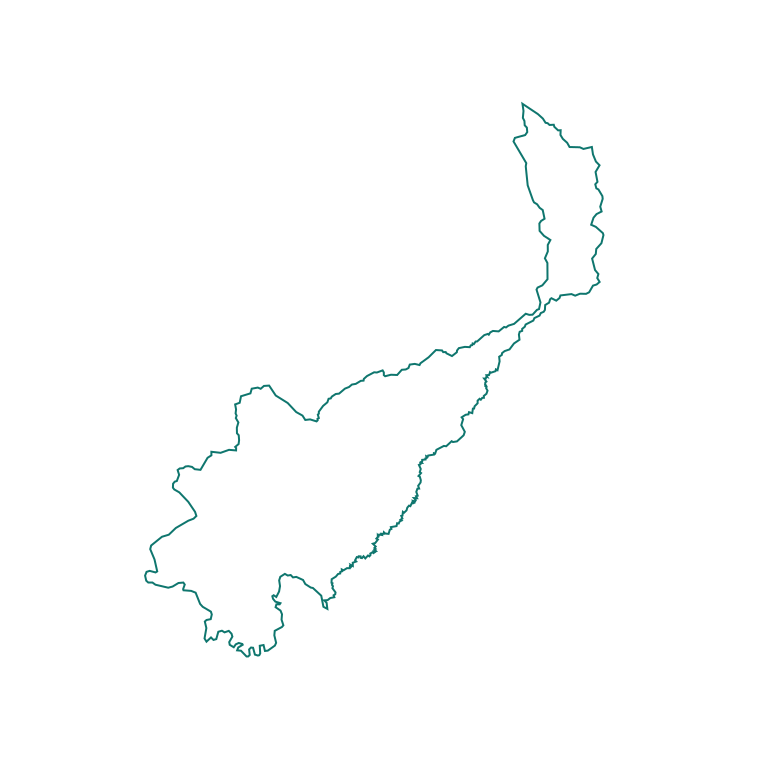 outline of Pereira, Risaralda, Colombia, rotated 300°
{"feature_id": "7082276B56557214099866", "entity_name": "Pereira", "entity_type": "district", "adm_level": 2, "iso_a3": "COL", "parent_name": "Colombia", "parent_adm1": "Risaralda", "projection": "mercator", "projection_center": [-75.671, 4.785], "detail": "fine", "context": "isolated", "style": "outline", "palette": "teal", "viewbox_px": 768, "rotation_deg": 300, "n_neighbors": 0, "source": "geoboundaries", "source_scale": "gbopen_adm2", "svg_char_len": 6120}
<svg xmlns="http://www.w3.org/2000/svg" viewBox="0 0 768 768"><g transform="rotate(300 384 384)"><path d="M484.1,476.3L490.1,479.2L494.3,476.1L497.1,475.4L499.1,477.1L500.8,476.1L504.0,477.3L506.3,476.9L513.6,481.6L516.3,481.3L521.0,484.5L523.8,484.3L526.4,486.2L528.6,486.3L533.0,484.1L537.0,486.3L540.4,485.5L542.0,486.1L542.3,491.5L546.2,493.0L548.9,492.5L555.6,501.4L556.1,505.4L560.2,508.6L563.1,513.9L566.0,515.8L573.7,515.8L576.5,518.4L580.2,519.7L582.4,515.7L586.4,514.7L588.2,509.8L596.7,501.5L602.5,502.4L607.1,500.3L614.6,501.9L622.7,499.6L624.1,498.1L626.0,488.9L625.5,483.8L632.8,482.3L637.4,483.1L642.2,486.2L645.7,482.6L653.7,480.8L655.9,479.2L659.7,472.4L659.6,470.1L662.6,467.1L665.8,467.8L673.4,461.2L681.2,461.3L682.6,456.3L687.3,450.2L693.2,445.5L687.3,439.2L686.9,435.2L682.0,426.2L684.5,422.0L685.7,416.3L687.9,412.3L692.1,410.1L690.7,408.0L691.9,402.9L693.4,401.4L691.1,397.8L691.7,395.3L691.0,393.3L693.3,388.9L694.7,382.3L695.9,363.8L690.2,368.3L683.9,371.2L682.0,374.1L678.4,376.5L677.5,379.5L673.8,382.1L670.2,381.8L662.6,374.3L658.8,374.9L646.4,396.8L643.4,397.9L627.9,409.1L617.7,421.0L616.3,423.1L616.2,426.8L614.4,430.7L614.0,434.5L607.4,440.4L603.7,438.5L600.7,438.3L594.4,442.2L592.3,448.5L591.9,456.1L586.3,456.3L580.7,459.6L573.3,460.5L570.5,465.0L556.5,473.2L548.6,471.8L544.3,468.8L542.0,468.9L532.9,478.7L526.4,480.8L524.7,479.4L518.3,478.0L516.5,475.2L515.7,471.6L501.1,466.6L496.8,462.6L494.0,461.4L493.5,459.5L486.9,457.0L484.4,451.8L481.8,450.2L479.1,450.1L479.3,448.9L476.5,446.4L467.4,443.4L466.6,442.1L463.6,441.9L463.4,440.5L461.8,441.0L460.8,439.8L458.8,439.9L456.6,435.5L452.5,430.9L449.5,430.5L447.9,431.2L442.2,428.9L441.8,422.7L442.5,421.5L441.2,419.3L442.1,417.5L439.4,412.0L429.5,409.3L420.2,405.2L418.2,405.3L416.8,400.6L413.7,396.6L410.1,397.2L407.5,395.6L405.2,392.3L398.4,390.9L395.5,385.4L391.3,381.1L391.6,379.4L393.9,378.1L395.1,376.0L390.4,372.1L389.2,369.6L382.4,365.3L378.4,364.0L376.7,364.6L375.1,362.3L370.0,359.5L367.5,356.5L363.9,355.2L360.5,352.5L353.2,349.9L351.2,347.2L347.0,345.1L344.9,345.1L343.5,343.4L339.8,344.1L334.6,342.2L327.4,341.4L325.7,342.4L324.4,342.0L321.9,344.6L320.5,343.8L319.4,344.7L317.9,344.3L316.4,337.7L313.5,333.8L315.9,329.2L315.8,322.0L319.4,310.1L319.9,296.0L325.2,285.3L322.3,281.0L318.2,279.6L317.8,276.5L313.8,271.8L309.1,273.0L301.9,266.3L295.6,268.4L291.9,265.3L288.0,268.6L284.3,270.2L282.9,272.2L280.4,272.7L277.9,277.1L272.6,278.4L267.8,281.3L267.0,283.8L262.9,286.6L259.3,288.1L255.1,286.6L254.7,287.9L252.5,289.1L249.5,282.7L242.7,276.9L239.0,268.4L235.9,270.2L231.9,268.1L217.9,268.0L215.6,262.7L216.2,259.2L215.0,255.6L213.3,253.3L210.7,252.2L208.7,249.3L206.3,248.3L202.9,252.0L196.4,253.1L194.8,251.6L192.2,251.2L188.7,253.0L187.8,255.1L187.8,260.9L184.1,273.4L178.8,284.3L175.9,287.5L172.1,286.4L167.8,282.9L155.2,275.7L145.9,273.0L140.7,268.1L127.7,263.1L124.1,264.1L117.3,273.0L108.3,281.3L106.6,280.4L105.0,274.5L102.6,272.3L98.6,272.9L94.8,276.4L94.2,279.1L96.3,282.7L95.9,286.4L99.7,299.0L102.9,302.2L108.9,305.5L111.7,309.5L110.7,311.7L105.9,312.6L105.1,313.5L108.4,320.4L109.1,325.2L101.6,334.7L100.4,338.4L100.3,347.9L98.3,350.1L93.7,351.5L90.9,348.3L88.7,347.6L83.8,352.2L73.9,355.8L72.1,359.1L78.0,360.9L77.1,364.3L79.2,366.3L86.6,364.4L89.3,367.0L89.2,370.1L92.6,373.0L91.5,376.8L89.4,379.0L83.1,379.0L81.0,380.8L80.9,385.5L84.4,385.8L87.1,387.7L88.0,391.3L87.5,392.0L82.9,389.5L79.9,390.0L81.5,393.5L79.3,401.2L80.1,402.6L82.2,403.2L86.7,399.9L89.3,400.6L90.1,402.5L85.1,407.5L85.8,410.6L86.8,411.6L88.8,411.5L95.2,407.3L97.7,410.2L93.3,414.4L95.0,416.7L102.9,420.3L105.9,420.0L111.5,414.7L115.6,412.8L122.5,417.1L124.7,417.5L128.7,413.1L133.6,410.8L136.0,407.7L136.5,401.7L139.4,401.0L141.0,403.8L142.4,403.9L141.2,398.7L142.5,395.3L144.4,393.4L145.9,394.1L145.7,397.2L151.8,396.9L157.0,395.0L161.5,391.4L165.2,390.6L170.0,393.1L170.0,396.4L171.9,398.7L171.0,401.9L173.1,404.5L173.8,411.9L171.4,415.9L171.1,422.4L171.8,424.4L169.3,435.5L160.8,442.9L160.9,447.4L165.8,443.7L166.8,440.5L168.6,443.2L171.8,444.5L174.5,447.6L175.8,446.0L177.5,446.9L179.3,446.2L181.4,441.4L183.4,440.9L184.0,439.4L185.7,439.0L185.6,437.9L188.8,436.3L193.1,438.6L196.5,439.2L198.0,440.8L199.4,440.1L200.8,441.3L202.3,440.2L202.4,442.1L206.0,444.0L207.3,446.4L208.9,445.7L208.7,446.8L209.8,447.0L210.7,445.7L210.8,448.0L213.6,446.3L216.4,448.7L216.9,447.1L220.5,447.0L221.0,448.5L222.1,448.2L223.0,449.9L221.8,450.8L222.2,452.0L224.6,452.4L223.6,455.0L227.5,455.9L227.4,457.5L229.2,457.8L230.3,456.9L232.8,458.3L232.3,459.4L233.9,460.2L234.3,459.0L235.3,460.5L236.0,458.4L237.0,459.1L237.4,457.7L239.1,458.1L240.1,454.2L241.9,455.9L246.3,456.5L246.3,454.7L248.5,455.1L250.0,454.2L249.6,455.4L251.2,455.1L252.2,457.7L253.0,456.6L254.1,458.7L255.5,458.1L255.1,459.8L256.5,462.9L260.7,461.9L262.2,462.9L263.5,461.5L267.2,465.9L270.0,465.0L270.5,466.5L272.9,466.3L274.6,467.5L274.8,466.2L276.7,467.2L278.4,464.9L279.3,465.8L282.7,464.3L282.5,465.7L285.8,466.7L288.6,466.0L291.2,466.5L291.4,467.9L295.5,467.6L295.2,468.8L296.3,469.6L297.3,467.7L297.9,469.6L299.3,469.6L300.2,467.0L301.6,469.7L302.8,467.8L304.1,469.0L306.7,465.9L310.0,465.3L311.0,466.7L312.9,464.5L317.0,464.9L319.1,464.0L321.6,461.4L321.6,459.9L325.4,460.6L325.6,459.0L328.8,458.3L331.4,454.7L332.7,455.7L333.8,454.9L334.6,456.3L335.0,455.1L336.0,455.8L337.4,455.0L339.4,457.7L340.2,457.1L341.1,457.9L342.6,456.7L342.7,458.2L344.1,458.0L347.9,462.6L349.0,461.9L349.3,463.1L353.2,462.3L360.3,466.8L361.2,469.0L368.3,471.2L368.2,472.7L370.8,475.9L379.4,478.6L383.0,477.9L387.0,471.5L393.1,470.1L394.0,467.9L398.2,470.1L399.9,472.3L402.1,471.7L402.9,475.0L407.1,473.3L407.8,474.3L410.0,473.6L414.1,474.7L416.4,473.4L419.0,474.2L418.8,475.7L421.1,476.0L422.0,477.4L423.6,476.4L426.7,477.6L430.0,477.0L431.5,474.5L432.8,474.3L432.9,472.9L433.8,473.0L433.9,471.9L436.0,471.0L437.3,471.5L438.8,468.0L439.6,469.4L441.7,469.0L441.8,469.9L442.8,468.3L444.4,470.5L447.3,469.9L447.2,470.9L450.9,474.2L452.6,473.6L452.7,475.4L461.4,472.8L465.2,470.1L468.1,471.5L469.7,470.8L472.8,472.0L476.7,475.4L484.1,476.3Z" fill="none" stroke="#0f766e" stroke-width="2"/></g></svg>